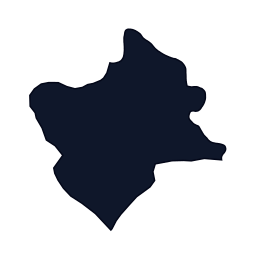 outline of Chosan, Chagang-do, North Korea, rotated 79°
{"feature_id": "82179303B68159150924260", "entity_name": "Chosan", "entity_type": "district", "adm_level": 2, "iso_a3": "PRK", "parent_name": "North Korea", "parent_adm1": "Chagang-do", "projection": "natural_earth1", "projection_center": [125.757, 40.773], "detail": "fine", "context": "isolated", "style": "filled", "palette": "ink", "viewbox_px": 256, "rotation_deg": 79, "n_neighbors": 0, "source": "geoboundaries", "source_scale": "gbopen_adm2", "svg_char_len": 5517}
<svg xmlns="http://www.w3.org/2000/svg" viewBox="0 0 256 256"><g transform="rotate(79 128 128)"><path d="M60.6,133.3L70.0,138.2L74.4,142.4L76.1,145.7L77.7,153.7L77.7,159.3L79.5,165.0L79.4,172.6L75.7,180.2L70.2,187.8L68.3,197.2L68.3,204.8L71.8,212.4L77.2,218.1L88.0,219.9L95.3,216.2L100.7,216.1L111.6,212.3L124.2,210.4L131.5,202.9L142.4,197.2L153.1,208.5L158.5,208.5L165.8,206.6L174.9,202.8L183.9,197.1L193.0,187.6L205.8,176.3L224.9,164.3L223.9,163.0L216.7,157.3L211.4,151.6L204.2,142.2L197.1,132.7L190.0,117.6L184.6,111.9L175.6,111.9L168.4,108.1L168.5,91.1L170.4,79.7L172.3,72.1L172.4,58.9L177.1,42.2L176.5,42.2L176.0,42.1L175.6,42.1L175.1,42.0L174.7,41.9L174.3,41.7L173.9,41.6L173.7,41.4L173.3,41.2L172.9,41.0L172.6,40.7L172.3,40.3L171.9,40.0L171.6,39.7L171.2,39.3L171.0,39.0L170.8,38.6L170.5,38.2L170.1,37.9L169.8,37.6L169.4,37.3L169.1,37.0L168.8,36.8L168.4,36.6L168.1,36.4L167.7,36.3L167.4,36.2L167.1,36.1L166.7,36.1L166.3,36.1L165.8,36.1L165.4,36.1L165.0,36.2L164.6,36.3L164.3,36.4L164.0,36.6L163.8,36.8L163.5,37.0L163.3,37.2L163.1,37.5L162.9,37.7L162.7,38.0L162.5,38.4L162.2,38.8L161.9,39.4L161.5,40.2L161.3,40.6L161.1,41.1L160.9,41.7L160.7,42.2L160.6,42.6L160.4,43.0L160.3,43.4L160.1,43.9L160.0,44.4L159.8,45.0L159.5,45.6L159.2,46.3L158.9,47.1L158.8,47.3L158.6,47.8L158.2,48.4L157.9,48.8L157.5,49.4L157.1,49.9L156.6,50.4L156.0,50.8L155.5,51.3L154.9,51.7L154.4,51.9L153.9,52.2L153.2,52.5L152.6,52.8L152.2,53.2L151.5,53.6L151.0,53.9L150.5,54.3L150.0,54.6L149.5,54.9L148.9,55.2L148.3,55.4L147.7,55.6L147.1,55.9L146.6,56.1L146.1,56.2L145.5,56.4L145.0,56.6L144.5,56.8L143.9,57.0L143.2,57.2L142.7,57.4L142.0,57.6L141.5,57.8L141.0,58.0L140.5,58.1L140.1,58.3L139.8,58.5L139.5,58.7L139.3,59.0L139.0,59.4L138.8,59.8L138.6,60.2L138.3,60.5L138.1,60.9L137.8,61.2L137.6,61.5L137.3,61.8L137.1,62.2L136.7,62.5L136.3,62.9L135.9,63.2L135.6,63.5L135.1,63.8L134.6,64.0L134.2,64.3L133.9,64.5L133.5,64.7L132.7,65.3L132.2,65.6L131.7,65.8L131.2,66.0L130.7,66.2L130.3,66.3L129.9,66.3L129.6,66.3L128.7,66.3L128.4,66.2L128.1,66.1L127.7,66.0L127.3,65.9L127.0,65.7L126.5,65.5L126.1,65.3L125.1,64.7L124.9,64.6L124.5,64.3L124.3,64.1L124.0,63.9L123.8,63.5L123.6,63.1L123.5,62.7L123.5,62.3L123.5,61.8L123.5,61.2L123.6,60.7L123.6,60.3L123.8,60.0L123.9,59.7L124.1,59.3L124.3,58.8L124.4,58.4L124.5,58.0L124.4,57.5L124.5,57.0L124.5,56.5L124.4,55.8L124.2,55.4L124.0,54.9L123.8,54.4L123.5,53.9L123.2,53.5L122.8,53.0L122.4,52.6L122.0,52.2L121.6,51.9L121.2,51.5L120.8,51.0L120.4,50.6L120.1,50.3L119.7,50.0L119.3,49.7L118.8,49.2L118.4,48.9L117.9,48.6L117.6,48.4L117.2,48.1L116.8,47.9L116.4,47.7L115.9,47.4L115.3,47.1L114.7,46.8L113.8,46.5L113.3,46.3L112.7,46.2L112.1,46.1L111.6,46.0L111.0,45.9L110.4,45.8L109.9,45.7L109.4,45.7L108.8,45.6L107.6,45.6L107.1,45.7L106.6,45.9L106.1,46.1L105.6,46.4L105.2,46.6L104.8,46.9L104.5,47.2L104.0,47.5L103.5,47.9L103.3,48.2L103.1,48.5L102.9,48.9L102.8,49.3L102.5,49.6L102.3,49.9L102.0,50.3L101.7,50.8L101.5,51.1L101.2,51.4L101.0,51.8L100.8,52.3L100.7,52.7L100.5,53.1L100.4,53.7L100.3,54.2L100.2,54.7L100.1,55.2L100.1,55.8L100.0,56.5L100.0,57.1L99.9,57.9L99.7,58.4L99.5,58.9L99.3,59.4L99.1,60.0L98.9,60.4L98.8,60.7L98.6,61.1L98.4,61.6L98.1,61.9L97.7,62.1L97.2,62.1L95.9,62.1L95.2,62.1L94.4,62.1L93.9,62.0L93.3,62.0L92.6,62.0L92.0,61.9L91.4,61.8L90.3,61.7L89.9,61.6L89.4,61.5L88.9,61.4L88.3,61.3L87.7,61.2L87.1,61.1L86.5,61.0L85.7,60.9L84.9,60.8L84.3,60.7L83.7,60.6L83.1,60.4L82.5,60.4L81.8,60.2L81.3,60.2L80.7,60.1L80.2,60.2L79.6,60.2L79.1,60.3L78.6,60.5L78.1,60.6L77.6,60.8L77.1,61.0L76.5,61.2L76.1,61.4L75.6,61.7L75.2,61.9L74.7,62.2L74.3,62.4L73.9,62.7L73.5,63.0L73.1,63.4L72.8,63.7L72.5,64.1L72.2,64.4L71.9,64.8L71.5,65.2L71.2,65.5L70.9,65.9L70.7,66.2L70.5,66.5L70.3,66.8L70.0,67.2L69.7,67.5L69.4,67.8L69.2,68.2L69.0,68.6L68.9,68.9L68.8,69.4L68.6,69.9L68.4,70.4L68.1,70.9L67.8,71.4L67.5,72.0L67.3,72.4L66.9,72.9L66.6,73.5L66.3,74.0L65.8,74.6L65.5,75.2L65.1,75.7L64.8,76.1L64.5,76.6L64.2,77.0L63.9,77.5L63.5,77.9L63.2,78.3L62.9,78.7L62.5,79.2L61.8,80.0L61.3,80.5L60.8,81.1L60.4,81.5L59.9,82.0L59.4,82.5L59.0,82.9L58.6,83.4L58.1,83.9L57.6,84.3L57.1,84.7L56.6,85.1L56.1,85.5L55.7,85.9L55.2,86.2L54.6,86.6L54.0,86.9L53.4,87.3L52.7,87.6L52.1,88.0L51.1,88.5L50.5,88.8L50.1,89.1L49.6,89.4L49.2,89.7L48.8,90.1L48.3,90.5L47.8,90.9L47.4,91.3L47.0,91.7L46.5,92.2L46.0,92.7L45.6,93.2L45.2,93.7L44.7,94.2L44.3,94.5L43.9,94.9L43.5,95.2L43.1,95.6L42.6,96.0L42.0,96.3L41.5,96.6L41.0,96.8L40.5,97.0L39.9,97.3L39.3,97.5L38.7,97.8L38.3,98.0L37.7,98.4L37.3,98.8L36.8,99.2L36.4,99.6L36.0,100.0L35.6,100.4L35.1,100.9L34.8,101.3L34.5,101.7L34.1,102.0L33.8,102.5L33.4,103.0L33.2,103.4L32.9,103.8L32.6,104.3L32.4,104.7L32.2,105.1L32.0,105.6L31.8,106.2L31.6,106.7L31.5,107.2L31.4,107.6L31.3,108.2L31.1,108.7L31.1,109.2L31.1,109.9L31.3,110.5L31.5,111.0L31.7,111.5L32.0,111.8L32.4,112.1L32.7,112.3L33.2,112.6L33.6,112.8L34.3,113.0L35.0,113.3L35.9,113.6L36.7,113.9L37.3,114.2L38.1,114.5L38.8,114.7L39.2,114.8L40.0,114.9L40.8,115.1L41.6,115.2L42.5,115.4L43.2,115.5L43.9,115.5L44.5,115.6L45.2,115.7L46.6,115.9L47.4,116.0L48.1,116.1L48.8,116.3L49.6,116.4L50.3,116.5L51.1,116.7L51.9,116.9L52.6,117.1L53.0,117.2L53.5,117.4L54.0,117.5L54.7,117.7L55.2,117.9L55.9,118.2L56.4,118.4L57.1,118.7L57.6,119.0L58.1,119.3L58.5,119.7L59.0,120.1L59.4,120.5L59.9,121.0L60.3,121.5L60.7,122.1L61.0,122.7L61.2,123.5L61.4,123.9L61.5,124.4L61.6,125.0L61.6,125.6L61.7,126.3L61.8,127.0L61.8,127.6L61.8,128.7L61.8,129.3L61.7,130.0L61.6,130.6L61.5,131.1L61.3,131.6L61.2,132.1L61.0,132.5L60.8,132.9L60.6,133.3Z" fill="#0f172a" stroke="#020617" stroke-width="1.5"/></g></svg>